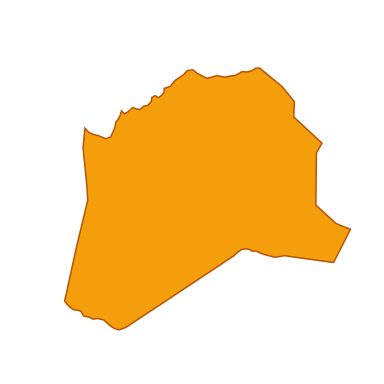 Teofilândia, Bahia, Brazil (Robinson projection), rotated 168°
{"feature_id": "56859067B44789603745472", "entity_name": "Teofilândia", "entity_type": "district", "adm_level": 2, "iso_a3": "BRA", "parent_name": "Brazil", "parent_adm1": "Bahia", "projection": "robinson", "projection_center": [-38.948, -11.473], "detail": "fine", "context": "isolated", "style": "filled", "palette": "amber", "viewbox_px": 384, "rotation_deg": 168, "n_neighbors": 0, "source": "geoboundaries", "source_scale": "gbopen_adm2", "svg_char_len": 1261}
<svg xmlns="http://www.w3.org/2000/svg" viewBox="0 0 384 384"><g transform="rotate(168 192 192)"><path d="M44.7,122.6L51.5,127.0L57.6,131.2L73.6,153.4L62.2,204.3L54.7,212.8L72.4,237.9L76.8,244.2L73.1,259.1L81.9,276.3L100.0,299.1L103.8,299.9L107.9,298.3L113.6,297.9L117.8,299.4L121.7,298.1L125.4,297.0L130.4,297.5L135.7,297.5L139.5,298.9L143.3,300.8L148.4,300.3L153.6,300.2L157.3,302.9L162.1,306.9L165.9,311.4L171.4,311.7L176.3,308.3L181.6,306.2L185.1,304.8L187.9,302.7L191.5,299.8L197.7,299.1L198.5,295.4L201.8,292.8L205.2,291.3L208.0,293.9L211.8,292.7L213.0,288.9L217.2,286.0L221.5,286.0L226.0,283.4L232.5,286.8L238.0,283.8L241.7,282.5L244.1,286.0L246.5,281.7L248.8,278.8L252.0,276.1L254.3,270.6L257.0,267.0L260.1,262.8L265.1,262.0L271.2,266.2L276.3,268.7L280.4,271.7L283.5,276.7L289.4,257.9L293.3,222.0L295.7,205.6L316.8,161.4L339.3,111.7L337.5,108.1L335.4,104.7L332.1,101.4L328.5,100.2L325.5,98.5L323.7,93.1L319.1,91.2L315.2,88.2L310.4,87.8L304.9,85.1L300.4,78.9L296.2,74.5L291.8,72.3L284.8,73.3L217.9,99.7L164.3,120.9L160.4,123.2L156.0,125.3L151.4,125.3L148.2,124.1L145.4,121.7L141.3,120.7L137.4,117.7L133.3,115.3L124.6,111.0L118.6,110.5L115.1,110.6L92.5,102.3L68.2,93.6L61.5,101.8L44.7,122.6Z" fill="#f59e0b" stroke="#b45309" stroke-width="1.5"/></g></svg>